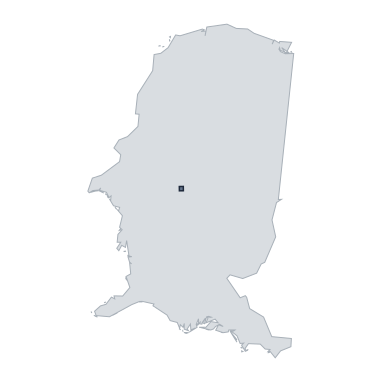 Sumner, Kansas, United States of America (highlighted), rotated 89°
{"feature_id": "52423323B29617609063992", "entity_name": "Sumner", "entity_type": "district", "adm_level": 2, "iso_a3": "USA", "parent_name": "United States of America", "parent_adm1": "Kansas", "projection": "orthographic", "projection_center": [-97.506, 37.238], "detail": "fine", "context": "in_parent", "style": "filled", "palette": "slate", "viewbox_px": 384, "rotation_deg": 89, "n_neighbors": 0, "source": "geoboundaries", "source_scale": "gbopen_adm2", "svg_char_len": 4087}
<svg xmlns="http://www.w3.org/2000/svg" viewBox="0 0 384 384"><g transform="rotate(89 192 192)"><path d="M318.3,122.6L338.0,114.8L340.2,95.2L348.4,95.8L352.4,106.2L359.2,111.7L352.6,116.8L352.9,118.8L350.8,116.8L350.3,121.6L345.3,126.4L344.6,138.2L349.4,141.7L351.6,140.4L350.3,138.6L351.3,139.3L352.2,141.5L346.0,145.1L344.0,143.0L344.3,146.5L336.6,149.5L331.7,155.4L331.7,152.8L330.7,151.4L330.6,157.6L332.5,158.2L333.2,163.3L330.6,170.7L325.3,167.8L327.0,163.2L324.7,166.7L326.9,170.8L329.3,172.9L330.3,175.7L327.3,187.3L327.5,180.4L321.9,175.3L323.2,168.2L319.5,171.1L323.1,180.3L318.4,178.3L317.1,179.0L317.7,175.7L317.5,174.8L316.6,177.5L317.0,179.5L323.9,181.8L322.9,183.8L319.4,181.1L318.3,180.8L322.6,184.0L324.3,184.4L323.9,187.0L321.6,185.6L325.3,188.6L324.7,189.3L322.9,187.7L318.9,187.7L324.4,190.1L327.4,189.3L332.2,197.4L328.1,191.3L329.9,195.5L324.0,195.9L329.0,199.3L330.8,197.6L329.0,202.2L323.3,202.0L327.1,203.3L324.5,206.0L328.2,206.7L322.2,209.0L320.2,216.1L314.6,219.1L305.1,233.0L303.3,232.0L300.5,243.5L300.5,246.3L303.5,254.1L315.3,276.7L313.9,290.0L309.5,291.5L304.3,285.5L302.8,280.0L295.7,274.4L297.5,271.1L294.5,271.8L294.8,263.1L286.4,255.8L275.3,259.4L272.8,254.7L261.5,255.6L262.8,253.6L260.9,255.7L255.9,257.1L255.6,253.3L254.9,256.1L239.4,258.2L246.2,259.5L244.1,263.2L249.4,266.2L247.0,268.2L241.0,264.1L240.9,267.7L233.1,266.8L228.5,262.5L226.0,265.0L214.5,262.0L208.1,267.2L209.7,265.8L206.1,264.6L204.4,270.7L197.5,274.7L199.1,273.5L194.5,273.0L196.1,275.0L190.8,277.6L188.7,284.3L186.3,283.2L188.4,285.0L188.8,291.1L191.0,294.8L189.3,296.1L176.4,291.4L173.6,282.3L160.4,263.9L153.5,262.6L146.6,269.3L138.7,264.1L135.5,255.5L125.5,244.9L113.3,243.5L112.9,247.2L93.4,244.7L70.0,229.2L53.9,227.5L52.8,220.8L47.3,213.4L34.7,205.6L35.6,201.2L29.3,178.8L30.1,176.8L31.7,180.0L31.3,175.3L36.1,176.2L27.3,174.3L24.8,154.1L29.2,144.9L30.0,133.5L34.4,127.2L41.8,107.7L45.6,109.3L41.5,107.1L44.6,102.1L43.0,101.7L44.1,89.8L53.0,94.5L49.2,99.8L53.7,96.6L51.8,101.4L49.2,101.9L50.7,102.6L53.2,101.1L55.4,96.3L55.3,87.9L201.0,105.8L200.9,102.7L204.0,107.7L221.3,112.5L238.3,109.1L263.6,120.5L265.2,124.1L274.3,128.8L279.4,142.8L275.5,155.4L278.9,158.7L298.6,145.7L296.6,140.5L298.2,139.2L309.6,136.4L318.3,122.6ZM339.6,151.3L342.9,149.7L331.7,156.4L340.6,149.6L339.6,151.3ZM54.4,92.8L54.7,96.3L54.5,96.7L53.4,93.9L54.4,92.8ZM190.7,293.8L189.0,288.4L189.1,285.3L189.4,288.6L190.7,293.8ZM353.5,116.9L354.0,118.5L353.4,118.4L353.5,116.9ZM228.7,264.1L229.1,265.4L227.8,264.4L228.7,264.1ZM38.9,211.9L40.5,211.5L40.6,211.8L38.9,211.9ZM37.3,211.0L36.5,211.7L36.1,210.8L37.3,211.0ZM349.1,144.4L348.5,145.7L348.2,145.5L349.1,144.4ZM190.1,282.5L189.1,285.0L191.5,280.2L190.1,282.5ZM311.8,269.2L314.0,273.7L311.4,268.8L311.8,269.2ZM46.1,217.7L46.5,219.2L46.0,217.8L46.1,217.7ZM314.7,290.5L313.5,292.3L315.4,288.7L314.7,290.5ZM333.3,200.3L332.3,202.5L332.5,197.8L333.3,200.3ZM54.0,89.9L53.7,90.8L53.3,90.2L54.0,89.9ZM196.2,276.0L193.7,277.1L196.3,275.6L196.2,276.0ZM352.4,143.9L352.7,145.1L351.7,145.1L352.4,143.9ZM45.3,221.3L45.6,223.0L45.1,221.5L45.3,221.3ZM193.1,278.0L192.1,278.7L193.0,277.7L193.1,278.0ZM330.2,177.8L329.4,180.6L330.2,176.8L330.2,177.8ZM207.3,268.3L205.7,269.3L208.0,267.5L207.3,268.3ZM301.0,244.8L301.0,246.8L300.6,245.4L301.0,244.8ZM328.8,206.9L328.4,207.4L329.6,205.6L328.8,206.9ZM279.3,258.4L277.5,259.7L276.7,259.6L279.3,258.4ZM255.2,256.8L254.8,257.2L253.7,257.2L255.2,256.8ZM300.8,280.5L301.2,281.8L300.4,280.2L300.8,280.5ZM250.4,260.1L250.2,261.4L249.9,259.1L250.4,260.1ZM310.8,294.6L309.7,295.0L311.2,294.3L310.8,294.6ZM333.1,164.2L332.8,165.6L333.2,163.7L333.1,164.2ZM331.3,203.1L330.8,203.7L330.6,203.7L331.3,203.1Z" fill="#d9dde1" stroke="#a8b0b8" stroke-width="1"/><path d="M188.5,204.6L189.0,204.6L189.6,204.6L190.6,204.6L190.6,203.5L190.6,202.8L190.6,202.0L190.6,200.6L190.2,200.6L189.9,200.6L189.7,200.6L189.3,200.6L188.2,200.6L186.3,200.6L186.3,201.4L186.3,202.8L186.3,204.6L186.5,204.6L187.0,204.6L187.3,204.6L187.6,204.6L187.9,204.6L188.0,204.6L188.5,204.6L188.5,204.6Z" fill="#64748b" stroke="#1e293b" stroke-width="1.5"/></g></svg>